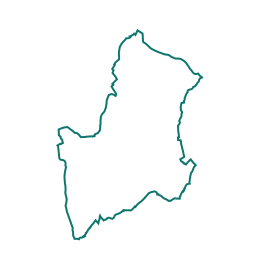 Zau De Campie, Mures, Romania, rotated 251°
{"feature_id": "2599482B76504610301788", "entity_name": "Zau De Campie", "entity_type": "district", "adm_level": 2, "iso_a3": "ROU", "parent_name": "Romania", "parent_adm1": "Mures", "projection": "robinson", "projection_center": [24.155, 46.61], "detail": "fine", "context": "isolated", "style": "outline", "palette": "teal", "viewbox_px": 256, "rotation_deg": 251, "n_neighbors": 0, "source": "geoboundaries", "source_scale": "gbopen_adm2", "svg_char_len": 5724}
<svg xmlns="http://www.w3.org/2000/svg" viewBox="0 0 256 256"><g transform="rotate(251 128 128)"><path d="M151.2,214.9L151.6,214.5L153.7,213.1L156.2,212.2L156.6,212.1L156.7,211.7L156.8,210.4L156.9,209.8L157.0,209.5L157.4,208.9L157.8,208.4L158.1,208.1L158.6,207.8L160.3,207.1L161.4,206.9L162.7,206.4L164.0,205.8L167.1,205.2L168.4,204.7L169.6,204.4L170.3,204.3L171.4,203.7L173.1,202.8L174.3,201.9L175.9,200.5L176.4,199.9L177.2,198.4L177.7,196.7L178.0,195.9L178.5,195.1L179.0,194.5L180.4,193.0L181.2,192.2L182.9,190.9L183.2,190.8L183.5,190.5L184.2,189.5L184.6,188.9L185.5,186.9L187.1,184.8L188.2,183.6L189.3,182.1L192.7,178.4L195.0,176.2L196.0,175.4L199.1,173.8L202.2,172.1L203.6,170.9L203.9,170.6L204.5,170.4L206.8,170.9L210.6,172.0L212.6,172.5L217.2,168.8L213.6,165.3L215.2,164.5L214.9,164.0L214.6,163.2L214.1,161.2L214.1,160.6L213.9,160.9L212.9,159.4L212.8,158.9L212.8,158.1L212.9,157.0L213.4,155.6L213.1,155.2L212.5,154.3L211.6,152.6L211.1,151.5L209.3,148.8L207.7,147.1L207.0,146.4L206.4,146.1L203.1,144.4L202.2,143.9L200.5,143.3L197.6,142.6L196.1,142.0L195.8,141.8L195.6,141.4L194.4,138.2L194.0,137.5L193.2,136.4L192.6,135.6L191.9,136.0L190.0,133.7L189.5,132.9L189.1,132.4L188.8,132.3L187.9,132.7L187.3,133.1L187.1,133.0L185.9,132.0L185.1,131.3L183.9,131.7L182.5,132.2L180.8,132.8L177.7,133.4L174.8,127.6L173.6,128.2L172.7,126.0L169.7,126.5L168.6,126.8L168.3,127.0L167.6,127.2L166.3,127.4L164.5,127.9L164.0,127.9L163.2,127.4L162.4,126.7L164.4,125.1L165.2,123.9L165.3,123.6L165.5,122.9L165.5,122.4L165.4,121.2L165.5,120.7L164.6,119.8L162.5,118.1L161.7,117.3L161.2,117.0L158.3,115.7L154.8,113.9L154.1,113.4L152.9,112.4L151.8,111.6L151.0,110.6L149.7,108.3L148.7,107.1L147.6,106.1L146.9,105.7L146.0,105.4L145.2,105.0L144.2,104.5L140.5,103.3L140.4,103.1L139.7,102.6L137.1,101.8L136.2,101.2L135.2,100.8L134.7,100.3L134.4,99.9L133.8,98.9L133.2,98.1L132.9,97.6L133.0,97.4L132.9,97.1L133.0,96.3L132.9,95.6L132.9,95.1L132.7,94.7L132.6,94.4L132.1,93.9L132.2,94.3L131.1,93.7L132.5,89.0L133.3,85.8L133.8,83.3L134.7,80.5L135.7,80.1L136.5,79.8L137.1,79.5L137.6,79.4L138.1,79.2L140.0,77.8L140.5,76.5L140.9,76.0L142.4,75.2L143.6,74.5L145.4,73.2L146.2,72.8L148.8,70.9L148.8,69.8L149.3,67.9L149.3,67.2L149.4,65.1L149.1,61.9L146.0,61.0L143.5,60.3L142.6,60.9L141.9,61.2L141.6,61.4L141.2,61.4L140.3,61.1L139.9,61.1L139.4,61.3L138.8,61.7L138.0,62.0L136.9,61.6L136.2,61.6L135.1,61.6L135.1,61.2L134.7,59.5L134.9,59.5L134.9,59.1L135.1,58.7L135.0,58.0L134.5,55.9L134.4,56.0L130.4,55.3L122.2,53.3L121.3,53.3L120.9,53.4L120.1,53.9L119.6,54.5L118.7,56.3L118.1,56.9L117.8,57.1L117.2,57.4L115.8,57.6L115.1,57.5L114.7,57.4L113.0,56.7L112.5,56.6L111.0,56.6L110.9,56.5L108.9,55.2L107.3,54.3L104.8,53.0L102.1,51.9L95.6,50.2L94.7,50.2L91.2,49.3L90.2,49.0L87.8,47.9L86.9,47.6L85.6,47.4L80.7,46.9L80.2,46.7L77.9,45.6L74.9,43.7L70.7,43.3L69.6,43.1L69.2,43.0L51.6,43.2L51.0,43.0L50.2,42.5L48.5,42.2L47.5,42.2L45.4,41.5L43.8,41.1L41.9,41.4L40.6,41.4L39.8,43.8L39.6,44.1L38.8,45.4L39.5,46.0L39.8,46.5L39.8,47.6L39.4,48.5L39.3,49.0L39.5,49.5L39.9,50.1L40.1,50.4L40.1,50.7L39.5,50.7L39.5,51.1L39.8,51.2L39.8,51.6L40.2,51.6L40.1,52.3L40.7,52.3L42.1,53.7L41.9,53.8L42.7,54.9L43.6,56.0L45.0,57.4L45.1,57.6L45.2,58.1L46.0,59.1L45.8,59.2L46.3,60.0L47.5,61.4L48.3,62.5L48.8,63.7L51.3,67.3L47.5,68.9L49.6,70.1L49.9,70.4L50.6,71.1L53.1,72.3L54.1,73.0L52.8,73.2L52.0,73.4L48.8,74.9L49.0,75.1L49.0,75.5L48.6,76.4L48.6,76.7L48.6,77.1L49.2,78.7L49.5,79.4L49.5,80.1L49.5,80.4L49.2,81.0L48.7,81.6L47.7,83.0L47.2,83.6L47.7,85.1L48.0,85.7L48.5,86.1L49.3,86.7L49.7,87.3L50.2,88.7L50.0,90.2L50.1,91.3L50.4,93.2L50.7,94.4L51.3,95.8L51.2,96.1L51.1,96.3L51.5,96.3L51.8,96.8L51.8,97.2L51.8,97.5L51.4,97.9L51.1,98.5L51.0,98.9L50.2,101.0L49.9,102.2L49.7,102.8L49.3,103.2L49.2,103.8L49.2,104.2L50.0,106.3L50.8,107.7L51.6,109.0L51.0,109.4L52.4,111.4L53.4,113.7L54.1,115.8L54.3,116.4L54.6,117.3L56.0,120.2L57.1,122.1L57.9,123.7L59.5,126.2L59.7,127.3L59.8,129.2L59.7,130.0L59.5,132.2L59.2,132.8L58.5,133.5L58.1,133.8L57.0,134.2L56.5,134.2L55.5,134.0L55.4,135.3L54.8,135.3L54.6,135.4L53.0,137.2L52.2,137.7L50.1,138.7L48.6,140.4L47.3,141.7L46.7,142.1L45.9,142.5L45.7,143.9L45.5,144.2L45.2,144.4L45.8,146.4L46.4,149.2L46.0,149.9L45.4,151.1L44.3,153.9L46.2,154.6L46.2,154.8L46.9,155.6L48.4,156.8L48.8,157.2L50.5,159.2L49.9,159.7L51.9,161.7L52.2,161.4L54.4,163.7L55.1,164.5L55.5,165.4L55.6,166.5L55.6,167.3L55.3,168.2L56.5,168.4L57.4,168.8L58.9,169.6L61.8,171.0L63.0,171.8L64.8,172.8L65.9,174.5L67.6,176.0L68.6,176.8L69.4,177.5L69.6,177.7L70.2,178.9L70.8,179.9L74.2,178.3L76.5,177.5L77.9,177.1L77.7,176.4L75.9,173.0L75.3,171.9L74.6,170.9L75.5,170.1L76.2,169.3L76.5,169.1L76.7,169.5L78.1,168.6L79.2,167.4L81.4,167.3L82.4,171.8L85.4,172.0L86.7,172.3L95.1,173.0L97.4,173.4L99.2,173.8L100.3,171.5L102.7,172.1L102.6,173.3L108.6,174.5L110.7,175.1L113.8,176.0L115.6,178.5L116.6,178.9L117.5,178.9L117.8,178.7L119.1,179.7L119.9,180.4L120.6,181.1L121.1,181.8L121.7,182.3L122.6,182.7L123.3,182.9L123.9,183.2L125.1,184.2L125.7,184.3L127.5,183.9L128.1,183.9L128.5,183.9L129.6,184.5L130.4,184.5L130.9,184.7L131.2,184.9L132.1,185.6L132.9,185.8L133.2,186.0L134.0,186.7L134.3,186.9L134.0,188.0L134.1,188.4L134.1,188.6L133.7,189.1L133.8,189.4L133.9,189.5L134.0,189.5L134.5,189.4L135.1,189.5L135.4,189.8L135.9,190.4L136.2,190.7L138.1,191.5L138.5,192.0L140.1,193.3L140.7,193.7L141.0,194.1L141.4,194.5L142.0,195.3L142.4,196.0L143.8,196.5L144.0,197.0L144.3,197.6L144.3,198.2L144.2,199.3L144.1,200.3L144.1,200.6L144.4,201.8L144.8,202.3L145.5,202.9L145.6,204.5L145.8,205.1L145.9,205.6L146.1,206.0L146.6,206.5L146.7,206.8L148.0,208.3L148.4,208.9L148.8,209.9L149.0,210.1L149.9,210.6L150.3,210.8L150.6,211.1L151.5,212.3L151.6,212.6L151.7,213.3L151.6,213.9L151.2,214.9Z" fill="none" stroke="#0f766e" stroke-width="2"/></g></svg>